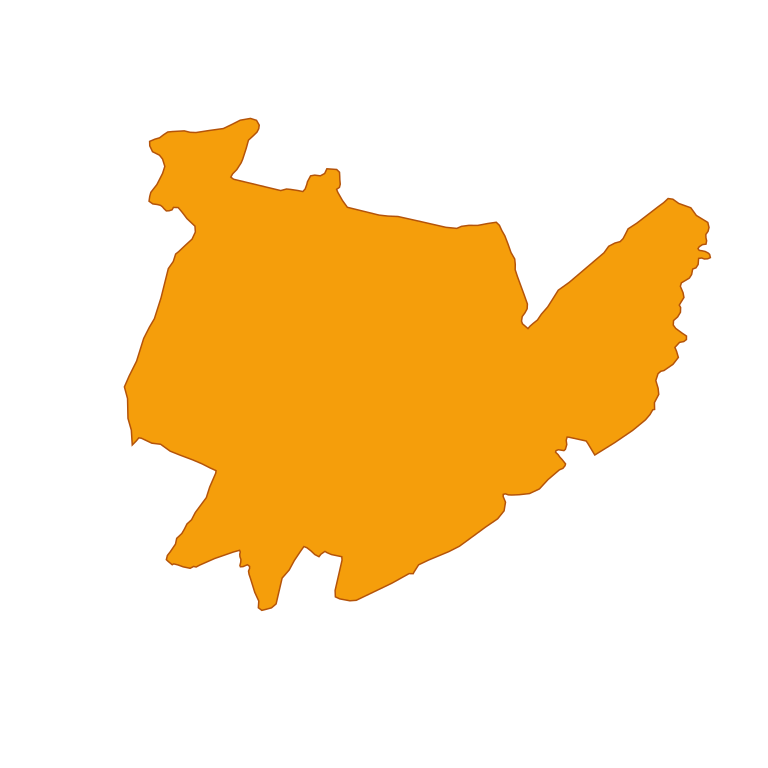 Sauce, Canelones, Uruguay, rotated 14°
{"feature_id": "84410073B43433365311667", "entity_name": "Sauce", "entity_type": "district", "adm_level": 2, "iso_a3": "URY", "parent_name": "Uruguay", "parent_adm1": "Canelones", "projection": "natural_earth1", "projection_center": [-56.056, -34.624], "detail": "fine", "context": "isolated", "style": "filled", "palette": "amber", "viewbox_px": 768, "rotation_deg": 14, "n_neighbors": 0, "source": "geoboundaries", "source_scale": "gbopen_adm2", "svg_char_len": 4068}
<svg xmlns="http://www.w3.org/2000/svg" viewBox="0 0 768 768"><g transform="rotate(14 384 384)"><path d="M652.7,343.2L650.9,336.6L653.1,327.6L651.0,321.8L646.9,314.9L647.4,307.7L649.5,304.7L652.4,303.2L659.7,294.9L663.2,287.0L659.9,281.4L657.4,278.1L660.7,272.1L664.6,270.3L666.7,267.7L665.9,264.3L660.4,262.3L653.6,259.5L650.4,256.8L649.6,252.4L652.7,247.9L654.3,242.7L653.3,238.0L651.4,236.0L652.6,232.1L654.1,227.5L652.1,223.1L647.9,217.5L648.1,213.9L654.7,207.3L656.0,203.3L655.7,197.8L658.6,195.8L659.9,192.0L659.3,188.6L658.9,186.0L661.8,184.9L664.6,185.2L667.8,184.2L670.1,182.4L668.6,179.5L666.9,178.5L663.6,177.7L660.2,177.8L657.6,178.1L655.9,176.7L656.7,174.5L659.3,171.7L662.6,170.4L662.4,167.0L661.0,164.2L660.1,161.1L661.5,157.4L661.5,153.5L659.1,148.9L646.3,144.9L639.1,138.8L626.3,137.5L619.6,134.8L614.8,135.3L611.5,140.4L607.1,145.7L590.3,166.9L583.3,174.4L582.0,180.2L580.8,185.1L578.7,188.7L573.9,191.4L568.7,196.0L565.7,203.5L539.1,240.6L530.4,250.8L526.8,261.8L524.2,269.6L519.8,278.2L517.4,284.8L514.1,289.1L511.6,292.7L510.3,295.4L503.8,292.1L502.2,289.7L501.8,285.1L503.5,281.0L504.7,276.4L503.8,271.7L498.7,264.0L487.3,247.2L483.6,241.3L482.5,236.4L480.6,231.1L475.4,225.7L470.4,218.1L465.4,211.0L461.2,206.6L457.6,202.1L453.8,199.9L445.8,203.2L436.7,207.4L427.8,209.6L421.0,212.3L417.0,215.4L406.2,217.0L381.3,217.5L357.0,218.1L347.3,220.1L338.4,221.3L305.7,221.4L299.3,216.0L292.8,209.2L290.9,206.6L293.2,204.0L293.2,200.7L291.7,196.4L290.8,193.2L289.6,189.3L286.2,187.3L276.5,189.0L275.5,194.1L271.9,197.4L266.2,198.1L262.4,199.8L260.8,206.2L260.8,209.2L260.3,213.9L258.7,216.9L253.7,217.1L246.2,217.8L242.2,218.4L237.0,221.3L188.5,221.7L185.3,220.3L186.3,216.7L189.3,211.6L191.9,203.9L192.5,200.1L193.3,188.7L193.5,180.2L197.2,174.6L199.8,170.4L200.7,166.6L200.3,163.0L196.5,159.0L190.2,158.6L180.7,162.8L172.7,169.7L166.3,175.0L153.1,180.3L140.7,185.5L134.9,186.7L129.0,186.7L117.7,190.2L113.2,191.8L109.8,195.5L106.7,199.4L102.4,201.9L97.9,205.3L99.1,209.6L103.2,214.6L110.8,216.3L114.7,219.3L118.7,225.9L118.2,233.3L115.4,245.4L113.4,249.9L111.4,254.4L111.3,258.6L111.8,263.5L116.1,265.2L120.6,264.7L123.9,264.7L126.2,265.7L128.1,267.1L130.9,268.7L133.6,267.9L136.2,266.3L137.0,263.6L141.6,262.6L144.6,264.7L148.5,267.7L152.8,271.2L162.4,276.6L164.2,282.2L162.7,289.9L157.8,297.3L152.7,305.3L150.4,308.3L149.9,316.1L146.8,324.2L146.8,354.4L145.4,376.2L142.6,385.7L139.8,397.9L138.4,421.7L134.8,437.8L132.8,449.6L138.7,460.2L143.9,479.3L150.0,489.9L154.5,504.1L157.4,499.2L159.1,495.6L161.6,495.3L173.1,497.6L181.8,496.5L192.8,500.9L202.9,502.3L216.8,503.9L226.8,505.5L235.5,507.5L242.0,508.7L242.3,511.2L239.8,526.2L239.1,537.2L232.0,554.3L230.1,562.3L226.7,567.4L225.4,573.2L224.0,578.0L220.2,583.9L220.4,589.8L217.2,598.5L215.3,602.8L215.3,607.1L217.6,608.4L222.2,610.6L223.5,609.4L227.8,609.4L233.4,610.0L240.5,609.7L243.4,607.1L246.0,607.0L249.0,604.3L261.9,594.3L278.6,583.4L284.1,580.3L285.2,581.8L285.2,584.0L286.0,586.4L287.6,588.9L288.1,591.6L288.1,595.0L288.9,596.1L291.4,595.3L295.2,592.4L297.7,593.5L298.2,595.5L297.8,598.3L299.1,601.3L301.6,605.2L309.0,617.4L315.0,624.9L316.2,631.5L320.2,633.2L324.0,631.2L329.0,628.4L332.5,623.5L332.1,597.0L337.0,587.4L339.7,576.9L343.7,565.9L345.6,561.1L348.8,561.5L353.5,563.6L358.1,566.2L362.7,567.3L364.1,564.2L367.2,560.7L369.4,561.4L374.3,562.2L384.8,561.8L385.9,565.0L386.5,596.1L388.3,602.3L393.1,603.2L403.3,602.6L409.4,600.6L439.9,575.3L454.2,561.9L458.2,561.0L458.6,559.3L461.3,551.1L469.9,544.0L487.4,531.0L496.4,523.2L517.1,498.3L526.9,487.3L531.2,478.0L530.5,469.3L528.8,467.0L526.8,464.3L526.4,462.2L528.5,461.2L531.4,461.5L534.9,460.8L542.0,458.7L551.7,455.1L560.2,448.2L566.3,437.0L575.0,424.8L578.0,422.6L579.4,419.6L579.5,417.6L576.9,415.6L574.9,414.1L572.3,412.4L570.0,410.4L567.0,408.7L567.0,407.1L569.0,405.6L571.2,405.4L574.7,405.1L575.8,403.5L576.0,398.6L574.4,394.5L574.5,391.2L576.2,390.9L593.9,390.4L595.9,392.1L605.7,401.9L622.1,385.0L636.6,368.7L646.4,355.5L649.5,349.2L651.0,344.0L652.7,343.2Z" fill="#f59e0b" stroke="#b45309" stroke-width="1.5"/></g></svg>